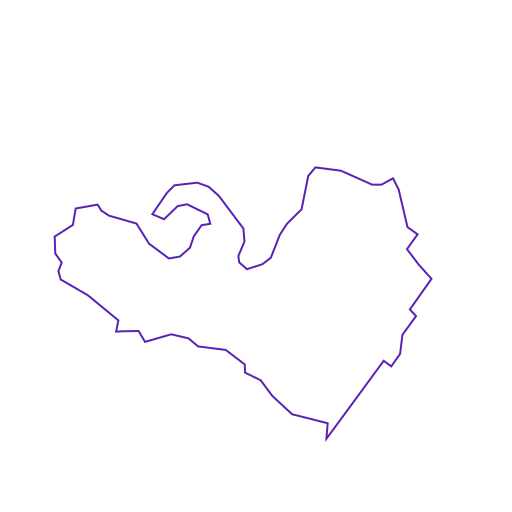 Pointe Coupee, Louisiana, United States of America, rotated 306°
{"feature_id": "52423323B80007668106022", "entity_name": "Pointe Coupee", "entity_type": "district", "adm_level": 2, "iso_a3": "USA", "parent_name": "United States of America", "parent_adm1": "Louisiana", "projection": "orthographic", "projection_center": [-91.606, 30.751], "detail": "fine", "context": "isolated", "style": "outline", "palette": "violet", "viewbox_px": 512, "rotation_deg": 306, "n_neighbors": 0, "source": "geoboundaries", "source_scale": "gbopen_adm2", "svg_char_len": 1061}
<svg xmlns="http://www.w3.org/2000/svg" viewBox="0 0 512 512"><g transform="rotate(306 256 256)"><path d="M149.6,420.4L180.5,420.6L246.3,420.9L246.2,430.3L261.5,430.1L278.3,420.8L301.4,420.8L303.2,411.9L340.7,411.4L344.7,392.6L350.3,374.1L368.5,374.0L368.4,361.6L393.6,332.4L399.4,321.2L387.5,315.6L382.0,308.1L374.9,274.5L362.6,252.0L351.5,251.2L320.6,265.4L300.2,262.1L287.3,262.8L263.3,269.0L253.1,266.0L240.0,256.4L241.0,246.1L245.7,241.7L260.9,238.2L270.8,229.7L282.8,190.6L284.2,176.9L280.8,165.4L265.3,148.5L254.7,146.8L228.9,147.6L231.7,160.0L250.3,163.3L257.3,169.8L261.3,192.4L255.2,200.1L249.0,193.9L235.3,194.1L224.0,197.7L210.8,194.8L202.8,186.9L203.1,162.2L212.0,140.2L202.2,113.3L201.8,104.2L204.5,97.7L188.4,82.2L173.5,89.6L153.4,81.7L140.0,92.2L136.5,102.6L127.5,105.1L122.2,111.8L125.4,142.9L123.0,182.5L112.6,187.3L116.9,192.6L126.3,205.1L121.3,216.7L142.8,233.4L149.7,249.8L148.8,262.3L162.2,286.7L161.7,310.6L155.2,315.7L158.2,332.8L152.4,351.5L149.2,378.2L162.8,412.3L149.6,420.4Z" fill="none" stroke="#5b21b6" stroke-width="2"/></g></svg>